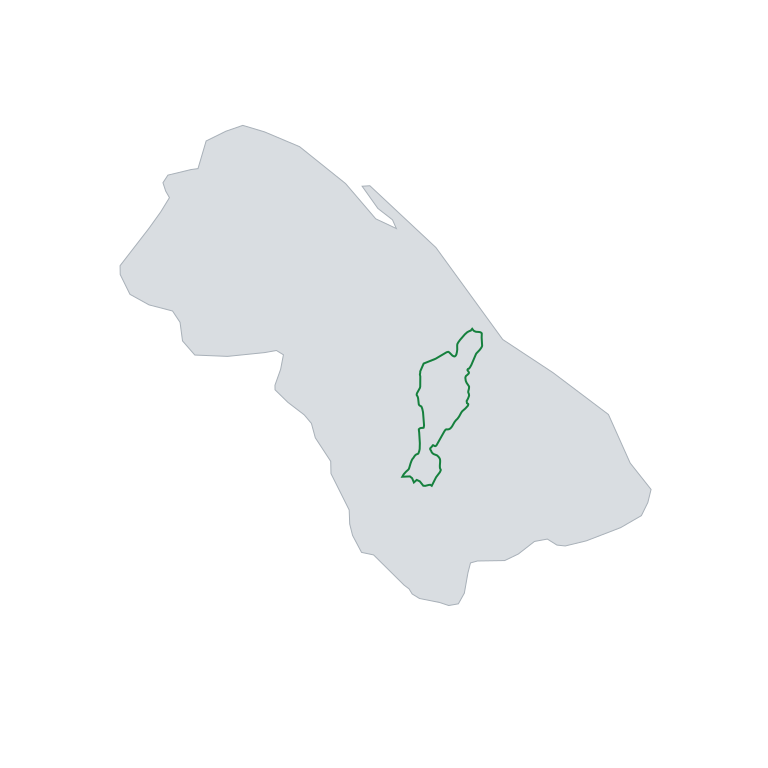 where San Salvador sits in El Salvador, rotated 205°
{"feature_id": "SLV-1349", "entity_name": "San Salvador", "entity_type": "Department", "adm_level": 1, "iso_a3": "SLV", "parent_name": "El Salvador", "parent_adm1": "", "projection": "natural_earth1", "projection_center": [-89.179, 13.778], "detail": "fine", "context": "in_parent", "style": "outline", "palette": "green", "viewbox_px": 768, "rotation_deg": 205, "n_neighbors": 0, "source": "natural_earth", "source_scale": "10m", "svg_char_len": 3369}
<svg xmlns="http://www.w3.org/2000/svg" viewBox="0 0 768 768"><g transform="rotate(205 384 384)"><path d="M274.7,208.9L280.8,210.2L321.2,224.7L333.2,221.9L348.5,233.5L355.9,242.6L362.3,255.1L394.2,280.4L399.6,291.4L423.5,306.2L433.1,317.6L443.2,322.3L463.2,326.7L480.3,332.7L482.3,336.8L483.9,353.7L487.5,368.0L495.7,368.9L505.5,362.0L537.5,342.9L567.7,330.3L584.8,337.9L594.9,353.7L606.5,360.8L630.4,356.4L652.1,357.9L669.3,371.7L673.2,379.7L662.8,425.8L659.1,445.5L657.2,462.2L663.4,466.6L669.4,473.0L668.1,482.0L649.5,496.8L643.6,500.6L647.9,529.1L634.1,546.3L621.3,558.7L598.9,562.0L560.8,563.4L503.5,549.4L461.3,530.2L438.5,530.1L445.7,536.4L463.7,540.5L487.4,554.0L480.6,557.7L394.6,529.6L295.2,474.5L235.7,465.7L167.7,451.2L127.5,416.4L97.4,401.3L94.8,388.1L95.1,373.5L108.8,353.9L134.3,327.4L151.3,313.8L159.2,311.1L170.4,312.5L181.1,304.9L190.4,286.7L200.0,275.0L224.5,263.1L230.0,258.4L228.1,248.2L222.8,228.4L223.7,216.2L231.7,210.6L241.2,209.5L261.1,204.6L269.7,205.6L274.7,208.9Z" fill="#d9dde1" stroke="#a8b0b8" stroke-width="1"/><path d="M328.2,307.7L328.0,310.5L327.0,313.8L325.8,316.6L325.6,317.5L325.7,318.7L326.4,323.4L326.6,326.1L326.6,326.6L326.6,326.9L326.5,328.1L326.1,329.6L325.9,331.3L325.7,332.1L325.5,332.8L324.9,333.9L324.4,334.4L324.0,334.8L323.6,335.2L323.5,335.6L323.7,338.0L324.2,340.2L326.5,345.5L331.6,354.9L333.0,357.1L333.3,357.7L332.8,358.8L332.4,359.4L331.7,359.9L330.0,360.8L329.6,361.2L330.2,363.4L336.7,374.9L338.9,377.8L340.6,379.4L342.1,379.5L342.8,379.6L343.4,379.9L343.9,380.3L347.0,385.4L348.0,386.6L348.9,387.3L349.5,387.6L350.0,388.4L350.2,389.6L349.8,395.7L350.1,397.0L354.3,406.2L355.5,407.8L355.9,409.4L356.5,410.8L356.7,419.3L347.9,428.7L340.7,439.2L339.4,440.3L338.7,440.3L337.9,440.1L334.1,438.7L333.3,438.6L332.6,438.6L331.9,438.7L331.4,439.1L331.0,440.0L330.9,441.3L331.4,443.7L332.1,446.0L333.9,449.7L334.4,451.1L334.3,453.1L333.7,456.2L331.7,463.2L330.4,466.2L328.7,468.4L328.0,468.9L327.4,471.3L325.7,470.4L325.1,470.2L324.2,470.1L322.7,470.2L320.2,471.2L318.8,471.6L318.1,471.6L317.4,471.5L316.8,471.2L316.5,470.6L315.1,467.3L311.2,460.1L311.1,459.1L311.2,457.7L311.7,455.3L313.2,450.8L313.3,450.0L312.9,438.2L313.1,435.6L313.4,434.0L313.9,433.5L314.3,433.0L314.4,432.4L314.1,431.7L312.3,430.7L311.7,430.0L311.7,429.2L312.3,427.6L313.1,425.9L313.1,425.0L312.9,424.0L311.3,421.5L310.2,420.5L309.8,420.1L306.3,418.0L305.8,417.6L305.4,416.7L305.0,415.5L304.6,413.3L304.3,412.3L303.8,411.7L302.9,410.9L302.5,410.3L302.1,409.7L301.9,409.0L301.7,406.3L301.9,403.5L300.7,401.7L299.9,401.6L299.3,401.5L298.9,400.9L298.8,399.7L299.9,396.2L301.5,392.6L301.7,391.9L301.9,390.7L302.2,386.2L302.7,383.6L303.5,381.5L304.0,379.3L304.4,374.4L304.7,373.0L305.2,371.6L305.9,370.6L306.4,370.2L307.0,369.8L308.2,369.3L308.7,368.9L309.0,368.2L309.3,366.6L310.5,350.8L310.8,349.9L311.2,349.4L311.8,349.2L313.7,349.3L313.9,349.1L313.9,348.7L314.3,347.1L314.9,345.3L314.8,344.8L314.4,344.2L313.1,343.4L312.3,342.6L311.5,342.1L310.8,341.8L310.1,341.6L309.4,341.5L308.7,341.5L306.4,341.7L305.7,341.7L303.7,341.0L302.6,340.4L301.6,339.6L300.9,338.6L300.2,337.1L299.0,333.9L298.3,332.4L297.7,331.4L296.2,330.1L296.1,329.1L296.1,327.6L297.4,321.5L297.7,311.9L299.4,312.2L300.4,311.7L303.6,309.1L305.4,308.4L310.4,310.9L313.8,310.9L315.3,307.4L318.7,310.5L321.5,311.2L328.2,307.7Z" fill="none" stroke="#15803d" stroke-width="2"/></g></svg>